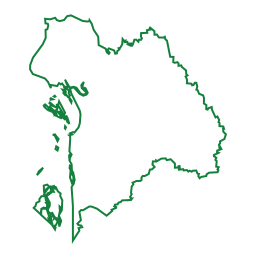 Chandpur, Chittagong, Bangladesh (Albers equal-area conic projection)
{"feature_id": "16705992B70711841490613", "entity_name": "Chandpur", "entity_type": "district", "adm_level": 2, "iso_a3": "BGD", "parent_name": "Bangladesh", "parent_adm1": "Chittagong", "projection": "albers", "projection_center": [90.778, 23.244], "detail": "fine", "context": "isolated", "style": "outline", "palette": "green", "viewbox_px": 256, "rotation_deg": 0, "n_neighbors": 0, "source": "geoboundaries", "source_scale": "gbopen_adm2", "svg_char_len": 5655}
<svg xmlns="http://www.w3.org/2000/svg" viewBox="0 0 256 256"><path d="M89.5,20.2L89.3,21.2L87.3,21.5L82.8,21.0L71.0,15.4L67.1,16.2L64.1,20.0L59.8,21.1L56.8,20.1L55.2,17.8L50.2,19.3L45.1,18.8L45.5,23.4L47.8,23.7L48.3,25.4L47.3,29.3L45.6,29.8L45.7,38.0L42.8,44.2L33.0,57.6L30.2,65.0L30.1,69.4L32.8,74.0L45.0,78.5L48.0,81.9L50.8,88.1L50.8,85.0L57.3,86.0L59.0,83.1L60.8,84.4L62.1,83.5L64.0,86.1L67.4,87.9L67.5,85.7L65.0,79.6L69.7,87.6L73.6,86.8L76.4,87.7L80.7,93.6L83.7,94.8L87.0,93.1L81.8,88.1L81.3,85.2L83.8,81.9L82.1,87.5L85.4,89.9L84.9,88.0L85.5,88.2L87.7,92.7L86.5,94.6L83.3,95.7L79.6,93.8L74.2,87.7L71.9,87.7L70.1,89.2L71.5,93.9L79.7,110.5L80.5,114.4L79.8,123.4L78.5,127.5L74.4,132.6L73.1,132.1L70.2,133.3L72.1,134.5L69.2,135.3L70.1,136.0L70.2,139.1L69.4,151.5L71.6,154.6L69.9,158.1L69.7,161.0L71.6,164.2L71.9,170.4L73.2,172.6L74.4,178.8L73.3,178.1L73.7,175.7L72.8,175.6L70.5,171.7L70.0,177.4L71.9,183.1L72.9,182.1L72.6,180.3L74.4,180.1L73.8,183.5L71.6,187.0L72.9,206.0L72.9,240.6L79.4,230.6L78.6,228.1L82.2,227.2L81.3,225.6L78.4,225.0L77.4,223.7L80.9,220.2L79.4,211.8L81.2,210.0L82.9,210.3L89.3,206.5L91.7,206.6L97.0,208.7L106.6,215.7L112.2,210.9L111.6,209.8L116.1,207.9L116.2,207.0L114.3,206.3L115.1,204.6L117.7,204.3L118.5,202.6L120.8,202.0L122.1,200.4L131.0,200.0L131.7,199.0L130.3,199.5L131.4,198.1L130.1,196.9L131.7,194.1L131.0,192.9L131.7,186.6L133.4,184.1L132.6,182.7L136.5,181.0L140.2,180.9L141.5,180.1L141.5,177.5L142.7,176.0L144.8,176.0L148.7,174.0L149.9,169.6L151.9,169.4L154.6,167.0L152.5,164.6L152.9,161.4L156.0,161.5L156.1,160.4L157.1,161.1L161.3,158.6L165.7,158.4L166.7,160.1L170.7,159.3L174.9,163.5L174.9,167.7L178.4,167.5L178.5,166.2L179.5,166.0L179.9,168.5L178.7,168.7L178.9,169.7L183.2,169.2L183.6,170.4L186.9,170.1L188.3,171.6L189.6,170.7L191.7,171.7L192.5,170.8L196.2,170.5L197.5,173.6L198.9,173.9L198.3,176.1L199.6,178.2L201.3,176.9L206.3,176.0L206.7,174.2L209.1,172.7L217.6,172.2L218.4,170.1L217.5,169.4L218.7,167.2L216.2,166.6L216.7,161.1L215.4,159.9L216.3,157.8L214.0,156.2L213.9,155.0L218.6,152.8L217.1,152.1L217.2,150.6L221.4,149.1L220.7,147.9L220.6,148.9L219.6,148.8L219.0,144.6L220.1,143.4L220.0,141.4L224.4,139.0L225.9,134.3L223.3,131.7L223.1,128.8L224.0,128.8L223.3,126.5L219.5,126.1L219.5,123.0L218.5,122.1L219.2,120.0L217.4,116.5L215.5,117.4L211.9,109.5L211.7,107.0L208.4,108.2L207.6,109.6L206.2,109.1L206.4,105.1L203.9,103.5L204.0,98.3L203.2,95.4L199.1,93.8L197.6,90.1L196.4,89.7L197.3,86.7L196.3,82.8L194.9,82.7L193.5,85.0L192.1,85.3L191.5,83.7L186.9,83.3L187.1,79.8L185.6,76.5L187.5,75.4L186.3,74.2L186.0,70.4L181.8,66.9L181.3,65.4L178.5,65.8L178.5,63.4L177.4,62.2L174.7,62.8L173.2,62.1L173.5,56.9L170.2,56.8L167.0,40.7L165.3,39.2L164.8,36.8L163.3,37.6L158.9,37.5L156.9,34.5L154.5,34.7L154.4,31.2L150.1,27.6L149.7,28.2L150.7,29.5L147.0,30.2L147.3,32.8L141.1,33.1L141.0,36.7L141.9,38.3L141.0,39.8L139.0,39.7L138.4,41.7L136.1,39.6L134.3,39.8L132.9,44.4L131.9,45.8L130.7,45.7L128.8,44.8L131.3,44.2L131.2,43.5L127.6,43.6L127.3,41.8L124.9,42.1L125.4,40.6L124.1,40.9L122.6,39.0L122.2,44.4L120.2,47.8L118.6,48.2L119.4,49.4L117.2,51.3L116.9,53.4L115.2,53.7L114.2,50.5L108.9,48.4L107.5,50.0L109.6,52.8L108.8,53.9L106.8,52.3L105.7,48.7L98.7,45.1L98.2,36.6L93.7,29.9L91.7,23.7L89.5,20.2ZM53.9,186.0L51.7,186.6L53.8,191.8L52.5,191.6L46.4,196.3L49.8,202.7L49.7,206.0L49.0,207.4L48.2,207.0L47.9,211.3L50.3,213.4L52.3,212.9L54.5,217.0L58.1,219.4L59.9,211.0L59.6,206.5L61.1,207.9L61.0,211.6L61.8,210.3L62.3,200.3L60.2,195.9L60.6,193.5L57.9,191.4L55.7,187.0L54.6,186.9L54.6,188.3L54.1,187.9L53.9,186.0ZM40.6,214.3L41.4,208.8L43.6,207.6L46.3,208.1L47.0,207.0L47.1,204.0L45.1,201.9L47.3,203.9L47.4,206.5L49.0,204.7L47.8,201.8L45.8,200.0L45.3,196.2L41.5,196.2L39.4,199.1L39.5,201.3L36.4,202.9L35.5,206.1L33.7,207.9L40.6,214.3ZM49.8,222.8L48.7,219.1L49.6,219.8L49.7,218.3L46.6,208.8L42.3,208.6L41.3,210.3L41.1,214.9L49.8,222.8ZM55.0,229.5L55.6,227.5L54.5,225.8L56.0,225.0L57.7,221.2L54.8,218.0L53.9,218.8L54.2,217.6L52.0,213.4L50.1,215.8L51.7,216.8L50.9,217.2L51.2,220.2L52.7,225.0L50.4,220.4L49.9,221.5L55.0,229.5ZM57.8,106.9L56.8,103.9L56.8,107.7L51.0,105.1L49.9,106.6L55.7,112.4L56.2,113.7L55.2,113.0L54.7,113.8L54.7,112.2L50.6,108.9L50.4,110.2L49.3,110.6L52.9,112.2L54.4,114.9L60.3,117.8L60.4,116.0L62.1,118.8L60.1,114.8L56.0,110.2L56.8,110.0L57.8,106.9ZM65.1,112.8L59.1,101.3L58.1,105.3L63.3,113.9L63.9,116.0L62.6,117.1L65.3,119.9L63.8,117.5L65.3,118.6L64.1,114.6L65.1,112.8ZM50.5,192.2L51.0,189.9L50.1,186.7L48.1,188.2L44.0,194.2L45.8,195.8L47.9,193.2L50.5,192.2ZM69.3,91.6L67.6,89.2L64.5,88.2L65.9,91.9L65.0,92.9L67.9,97.0L69.9,95.6L68.6,93.0L69.3,91.6ZM47.2,184.6L43.8,185.6L44.0,191.1L49.3,186.7L47.2,184.6ZM69.4,123.9L67.2,117.3L66.5,116.2L65.4,116.7L67.2,121.7L69.4,123.9ZM49.4,108.4L45.2,104.4L44.4,104.2L45.4,105.0L44.9,106.2L43.3,104.8L44.7,107.3L48.1,110.1L49.4,108.4ZM59.3,226.6L61.2,220.9L60.0,218.2L58.8,222.3L59.3,226.6ZM57.5,150.5L58.3,147.7L56.3,146.3L55.5,149.1L57.5,150.5ZM57.5,141.2L58.6,139.0L56.1,136.0L55.3,136.6L57.5,141.2ZM37.0,175.2L41.4,170.3L43.1,167.7L38.9,171.3L37.0,175.2ZM71.3,102.6L71.7,100.9L69.1,97.2L69.6,99.7L71.3,102.6ZM65.2,95.1L65.8,94.4L63.3,89.9L62.6,89.7L63.7,91.2L63.4,93.1L65.2,95.1ZM60.2,111.6L59.0,111.7L59.3,112.6L62.1,116.2L60.2,111.6ZM69.3,158.1L70.9,155.4L70.1,154.1L69.1,155.5L69.3,158.1ZM70.9,170.9L70.9,165.8L69.9,165.5L69.6,168.2L70.9,170.9ZM52.7,134.8L55.6,135.4L55.0,134.4L52.7,134.8ZM52.9,99.3L50.9,98.2L50.5,98.5L50.7,99.7L52.9,99.3ZM65.3,128.8L66.0,127.3L65.1,126.2L64.8,128.1L65.3,128.8ZM51.4,104.3L49.8,103.0L48.8,102.9L52.0,105.1L53.1,105.2L51.1,103.5L51.4,104.3ZM55.4,96.5L54.7,95.7L53.8,96.4L54.7,96.9L55.4,96.5Z" fill="none" stroke="#15803d" stroke-width="2"/></svg>